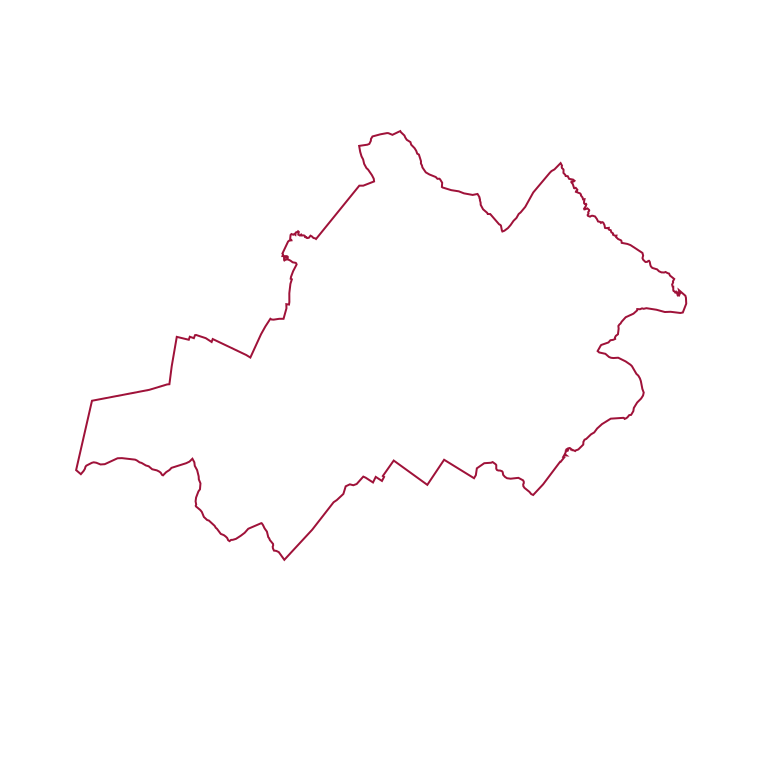 Tatarani, Dâmbovita, Romania, rotated 137°
{"feature_id": "2599482B54832396479791", "entity_name": "Tatarani", "entity_type": "district", "adm_level": 2, "iso_a3": "ROU", "parent_name": "Romania", "parent_adm1": "Dâmbovita", "projection": "albers", "projection_center": [25.253, 44.999], "detail": "fine", "context": "isolated", "style": "outline", "palette": "rose", "viewbox_px": 768, "rotation_deg": 137, "n_neighbors": 0, "source": "geoboundaries", "source_scale": "gbopen_adm2", "svg_char_len": 6154}
<svg xmlns="http://www.w3.org/2000/svg" viewBox="0 0 768 768"><g transform="rotate(137 384 384)"><path d="M667.9,531.0L667.2,524.8L662.9,525.3L660.5,526.0L658.9,527.0L657.4,527.3L651.4,525.6L649.7,524.7L648.1,522.6L646.2,518.5L642.9,515.8L629.5,511.4L626.2,508.5L617.6,498.4L616.9,496.7L616.2,493.4L615.1,491.6L613.7,486.8L612.2,484.3L611.7,479.8L609.0,475.7L608.1,473.2L607.8,471.5L608.3,468.9L607.9,467.9L603.4,468.1L599.5,467.4L596.6,467.6L582.7,461.0L579.2,459.9L575.1,460.0L576.1,456.1L578.2,453.2L579.4,448.5L582.5,442.9L584.5,440.5L586.0,436.5L590.4,432.5L593.0,432.0L598.9,429.1L601.8,426.7L603.6,423.9L604.8,423.3L605.0,422.6L604.3,417.1L604.5,414.6L606.4,409.6L606.1,405.1L605.2,403.6L604.6,395.8L605.1,393.6L604.9,392.1L605.6,385.7L604.2,382.7L603.8,380.5L603.7,378.4L604.5,376.0L604.1,374.4L602.2,374.3L600.9,373.2L597.9,371.7L592.2,370.7L587.4,370.2L582.0,370.7L568.6,365.9L568.4,365.5L568.7,363.4L569.8,359.8L570.3,355.9L573.1,350.9L573.2,349.5L573.9,347.7L574.2,342.7L575.3,341.4L576.3,341.0L577.3,339.6L578.1,337.2L576.6,335.4L575.6,332.8L576.8,323.4L535.9,326.4L501.5,331.9L497.7,331.3L488.7,331.3L481.8,335.3L477.4,333.9L475.5,330.9L472.2,329.5L462.3,330.4L461.3,328.0L459.2,319.5L453.4,321.7L451.6,314.5L447.3,316.0L447.6,317.5L429.1,321.4L421.1,280.7L391.7,287.6L382.4,253.7L379.0,254.7L373.6,259.0L364.7,257.7L359.4,253.4L357.8,252.8L357.1,249.4L357.2,248.1L359.7,245.5L360.0,244.0L359.4,242.8L358.1,241.5L357.2,239.8L357.3,238.6L358.8,236.3L358.9,233.7L358.3,231.2L356.0,228.4L349.7,223.7L348.0,218.8L348.3,217.4L349.3,216.2L350.6,215.7L351.8,214.2L352.1,212.2L351.2,205.9L351.4,203.1L350.6,201.1L336.1,202.1L310.1,206.7L308.2,207.0L308.0,206.6L302.3,207.4L302.8,208.4L300.8,209.0L299.3,207.4L299.6,209.4L297.8,210.1L296.8,211.0L295.2,209.9L294.3,210.3L294.8,210.7L295.0,211.7L293.3,211.4L291.8,210.5L291.5,209.1L291.9,208.4L291.3,207.8L291.4,207.2L291.0,207.1L289.9,204.6L289.2,204.7L286.5,203.6L279.6,203.8L277.6,205.7L275.3,206.5L273.5,205.9L266.9,206.0L263.3,205.2L258.5,206.1L251.9,206.0L241.8,204.0L232.0,196.0L231.6,195.1L231.8,194.4L230.7,193.9L228.8,193.6L225.9,194.0L224.3,192.9L220.2,194.1L217.6,196.1L211.5,197.8L205.9,198.0L202.4,198.9L199.9,200.6L198.4,204.2L194.2,210.9L193.0,213.6L192.3,216.7L192.5,219.3L190.5,228.0L190.6,230.0L191.9,235.8L194.8,243.5L198.6,246.6L200.1,248.4L201.0,250.3L201.5,255.1L205.1,260.3L205.3,262.4L199.6,264.2L198.5,264.4L191.5,261.3L188.6,261.6L186.4,260.1L184.2,259.3L183.4,260.5L181.5,261.1L179.0,260.8L174.7,264.4L173.0,266.6L171.1,267.0L169.8,266.9L167.7,267.5L161.7,268.0L153.6,265.3L148.7,265.2L147.7,266.1L145.8,264.1L143.7,263.3L142.8,261.9L140.4,260.5L134.1,252.5L129.5,245.1L125.2,241.4L118.8,233.8L116.7,232.5L108.2,236.6L104.4,241.1L103.4,243.0L104.3,251.5L106.3,248.2L107.8,247.5L108.0,248.0L108.7,248.2L108.6,248.8L107.8,248.8L107.5,249.3L106.7,249.0L107.1,249.5L107.0,250.3L108.0,249.9L107.5,252.3L108.6,252.3L108.4,253.7L108.8,254.4L108.4,255.4L106.1,257.9L106.5,258.3L105.5,260.2L103.3,261.1L102.7,262.0L100.1,262.9L100.9,268.3L100.2,270.3L101.0,271.7L101.7,273.9L102.9,274.4L104.9,276.3L106.0,278.9L106.1,281.6L108.6,285.9L108.6,288.0L108.1,289.3L106.4,292.0L106.1,293.3L106.6,293.7L108.1,293.8L109.4,294.7L109.6,295.2L109.7,298.2L109.1,299.8L106.9,301.2L105.6,303.6L109.0,317.5L110.5,320.5L113.9,325.1L112.8,326.7L112.7,327.5L113.9,330.3L114.1,333.1L112.8,334.0L114.0,335.0L114.7,337.0L113.9,337.7L113.8,338.4L114.3,339.8L113.3,341.9L114.1,343.1L114.2,343.9L113.1,344.9L115.3,346.5L115.9,347.5L114.4,349.8L113.6,352.5L114.1,353.7L115.5,353.9L115.4,355.2L116.6,356.9L115.8,359.4L115.4,362.6L116.6,364.7L117.6,365.5L119.2,365.9L120.1,367.7L120.1,368.3L119.5,368.9L118.3,369.1L117.5,370.4L115.7,370.8L115.3,371.4L115.5,373.7L117.9,374.7L118.4,375.1L118.2,375.7L115.3,376.4L113.5,377.4L113.4,378.0L114.4,378.7L114.4,379.7L113.5,380.8L111.3,382.4L112.5,383.3L111.6,385.0L111.4,387.5L110.7,388.4L110.6,389.6L112.6,393.7L112.2,394.0L111.2,393.6L110.1,394.2L110.0,396.7L111.2,397.2L111.4,397.6L109.6,401.4L109.4,403.8L108.9,404.2L107.4,402.8L106.1,402.7L106.3,404.5L108.7,407.8L107.9,410.7L109.3,412.2L108.8,413.3L108.8,416.0L106.6,418.2L106.4,418.9L106.6,420.4L106.0,421.6L104.9,422.3L104.2,425.1L113.0,424.7L116.3,425.5L118.7,425.4L144.2,422.3L159.9,417.2L167.1,416.3L169.5,416.5L173.9,415.1L178.0,415.0L183.1,413.9L187.1,413.5L191.5,414.0L193.4,414.8L193.0,416.0L190.5,420.0L190.4,421.0L190.9,422.3L190.4,435.8L192.2,437.6L191.8,438.8L192.4,444.2L191.1,449.1L189.7,450.7L188.4,453.2L187.8,453.6L187.3,455.1L186.8,455.4L186.0,459.2L190.2,461.8L195.5,468.9L197.9,473.9L202.6,479.9L207.1,487.7L207.3,488.6L204.2,491.5L203.4,495.4L203.5,496.4L205.0,497.6L205.0,500.1L207.9,506.3L209.1,510.3L208.2,516.2L207.2,517.9L206.6,520.1L205.0,521.7L202.0,528.0L202.6,529.8L201.4,532.6L200.8,535.7L200.9,540.5L199.7,542.9L200.8,547.1L200.3,549.9L199.6,551.8L199.9,556.6L199.6,557.9L207.9,560.5L209.7,564.4L210.6,565.4L216.4,569.1L223.6,572.9L226.4,572.1L227.8,570.8L231.0,569.6L233.0,570.4L239.8,575.1L243.1,570.0L245.2,565.8L246.1,562.5L248.4,558.5L249.6,553.8L249.4,551.7L250.4,545.0L251.5,541.1L253.1,538.9L263.9,543.2L266.8,545.9L334.8,536.4L334.9,537.3L336.0,538.9L336.1,541.1L336.6,542.6L339.2,542.2L340.5,543.0L341.0,543.8L340.6,544.5L341.5,545.5L340.9,546.4L341.3,547.4L343.1,548.9L343.1,549.3L342.6,549.2L342.6,549.8L344.2,549.9L344.8,551.7L342.6,553.3L342.7,554.3L343.9,554.1L344.5,554.8L345.4,554.9L347.1,553.5L347.4,554.9L348.6,555.1L349.4,556.8L350.7,556.7L353.7,554.1L353.5,552.6L353.7,552.2L355.5,553.5L357.0,553.6L369.3,548.7L369.4,547.7L371.0,546.8L367.9,543.8L367.6,542.8L368.1,542.2L370.8,544.7L372.5,542.8L372.6,542.3L371.0,542.0L369.3,540.6L368.3,538.1L367.8,535.3L366.0,532.9L365.9,532.2L366.4,531.0L373.5,528.5L378.9,525.8L380.5,524.6L380.0,523.4L384.1,521.1L391.3,515.0L397.3,508.5L399.3,506.9L401.0,509.0L403.7,505.9L413.0,500.2L416.1,503.1L420.8,506.3L422.2,507.8L422.6,509.2L431.5,507.0L439.9,504.3L463.7,494.5L465.0,499.2L478.6,533.7L481.4,532.3L483.1,539.1L488.0,548.0L488.9,548.6L491.8,547.2L493.8,551.0L496.6,549.5L503.4,559.8L527.1,541.8L541.1,530.2L542.9,531.6L559.6,539.8L609.0,570.9L667.9,531.0Z" fill="none" stroke="#9f1239" stroke-width="2"/></g></svg>